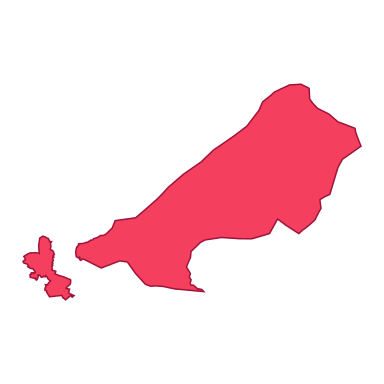 outline of Ilorin East, Kwara, Nigeria
{"feature_id": "59680162B49050440888294", "entity_name": "Ilorin East", "entity_type": "district", "adm_level": 2, "iso_a3": "NGA", "parent_name": "Nigeria", "parent_adm1": "Kwara", "projection": "mercator", "projection_center": [4.629, 8.608], "detail": "fine", "context": "isolated", "style": "filled", "palette": "rose", "viewbox_px": 384, "rotation_deg": 0, "n_neighbors": 0, "source": "geoboundaries", "source_scale": "gbopen_adm2", "svg_char_len": 4212}
<svg xmlns="http://www.w3.org/2000/svg" viewBox="0 0 384 384"><path d="M203.8,291.6L202.0,289.6L198.9,288.8L198.1,289.3L195.3,286.7L193.2,285.1L191.0,285.1L190.1,283.4L191.1,279.8L189.3,277.1L190.4,273.6L186.5,267.0L188.1,262.8L190.5,257.6L191.0,251.5L200.6,242.3L205.3,239.9L221.5,237.5L239.5,238.7L251.9,238.8L269.5,233.6L277.6,219.0L285.6,225.0L298.8,233.6L301.4,231.3L302.1,230.6L302.4,230.2L303.0,229.8L303.7,229.4L306.0,227.7L307.5,226.4L309.5,224.9L313.5,221.2L314.7,220.0L315.2,219.7L315.4,219.3L315.6,218.8L315.8,218.1L319.0,211.8L321.0,208.4L319.9,199.7L324.0,197.1L329.8,194.4L338.0,167.3L342.5,159.2L361.0,146.2L358.3,139.4L357.7,137.7L355.9,132.9L355.0,128.3L337.9,121.8L329.0,114.1L317.6,108.4L312.5,103.0L309.7,98.9L309.1,88.3L300.9,84.2L293.6,84.7L289.6,84.9L281.2,88.8L274.5,92.0L269.8,96.2L262.6,101.9L259.0,110.3L253.8,117.1L250.5,121.4L247.0,126.0L234.6,135.5L213.3,150.2L203.0,160.1L201.4,161.7L189.5,170.0L183.3,174.3L168.2,187.4L162.0,194.2L156.8,199.4L144.9,209.9L137.1,216.5L135.6,217.8L115.2,220.6L112.2,228.0L106.3,233.8L104.0,235.3L100.5,235.5L98.1,237.1L96.0,238.0L93.8,238.6L92.9,239.6L91.8,240.1L90.5,240.2L90.1,240.9L89.2,241.1L88.4,241.6L87.9,242.2L86.9,242.5L86.1,242.3L85.4,242.7L84.4,243.2L82.4,243.5L80.7,243.6L78.5,243.8L78.6,245.4L77.6,246.0L77.2,247.1L76.7,247.2L76.1,249.4L75.7,252.5L76.0,255.1L76.3,256.8L77.4,257.3L78.4,258.0L79.4,257.1L80.0,257.6L79.6,259.5L80.9,260.4L82.6,259.0L84.4,259.5L101.2,268.0L119.7,260.9L127.4,262.0L135.7,273.7L145.4,284.3L150.5,286.2L155.9,285.9L163.4,286.5L174.6,288.9L203.8,291.6ZM35.9,279.7L36.5,280.1L36.8,279.9L37.2,279.3L37.5,278.9L37.7,278.4L38.0,277.3L38.1,276.6L38.2,276.3L38.2,276.0L38.2,275.8L37.9,275.2L38.2,275.2L38.6,275.1L38.9,275.2L39.7,275.2L39.8,275.5L40.0,275.7L40.2,276.0L40.7,276.5L41.2,277.2L41.7,277.2L42.2,277.2L43.1,276.9L43.4,276.5L43.7,276.2L43.8,276.3L44.2,276.7L44.3,276.7L44.5,276.7L45.1,276.7L45.5,276.7L45.7,275.7L46.3,276.2L46.9,276.6L47.5,278.0L47.8,278.5L48.2,279.1L48.9,279.8L50.6,280.9L49.4,282.0L48.8,282.6L48.2,283.4L47.8,284.1L47.6,284.8L45.4,284.6L46.0,286.5L45.1,288.0L44.9,288.8L45.0,290.4L46.0,290.5L46.7,290.8L46.5,291.8L46.8,292.4L48.7,295.5L49.5,296.8L52.9,296.4L61.8,295.4L62.2,296.1L62.4,297.1L62.6,297.2L63.2,298.0L64.5,298.9L65.5,299.8L68.3,297.5L69.5,296.6L70.8,295.4L71.5,296.3L72.2,297.2L73.4,296.2L73.6,296.0L74.1,295.5L73.4,295.2L71.7,294.7L71.6,294.4L69.8,293.7L68.6,292.5L68.7,291.8L68.9,291.2L69.3,290.2L69.5,289.1L66.2,288.5L66.3,287.7L68.5,285.8L70.0,284.4L70.6,282.9L70.7,280.2L70.5,279.6L68.7,279.0L66.4,278.0L64.7,277.2L59.2,275.5L56.6,274.5L55.1,274.0L55.8,271.3L55.1,271.0L52.0,270.2L52.3,269.1L52.0,268.6L52.2,266.3L52.0,265.8L52.0,265.4L52.6,265.6L52.8,265.4L52.6,264.9L52.2,264.1L52.8,263.7L52.9,263.2L52.2,262.9L52.0,262.2L52.7,261.6L53.1,261.1L53.3,260.6L53.3,260.0L52.9,259.8L52.9,258.9L52.8,258.1L52.9,257.6L53.1,257.4L53.8,257.3L53.7,256.2L53.0,256.1L53.0,255.6L53.7,255.2L54.4,254.4L53.9,253.3L53.6,252.1L53.0,251.0L51.8,250.1L51.0,250.1L50.6,249.8L50.3,249.1L50.9,246.4L50.8,245.1L50.7,244.2L50.4,243.0L51.1,242.3L51.5,241.6L49.8,241.6L49.6,241.2L48.8,239.3L48.0,238.2L46.5,237.9L45.5,237.0L44.0,236.7L42.9,236.1L39.7,238.1L39.4,240.6L39.0,243.3L38.7,244.8L38.7,246.2L38.8,247.7L38.9,249.1L39.0,250.9L39.3,253.5L38.2,253.1L37.1,252.9L36.2,252.7L34.9,252.6L34.0,252.9L33.1,252.9L32.2,252.8L30.2,252.9L27.2,254.2L23.8,256.4L24.4,257.4L24.8,257.6L25.0,258.0L25.1,258.9L25.4,259.6L23.0,261.3L23.4,262.2L23.5,262.7L24.1,263.1L24.8,263.3L25.6,263.6L26.6,263.9L27.0,264.0L27.4,264.3L27.8,265.1L28.6,266.2L28.5,266.4L27.8,266.7L28.0,266.9L29.1,267.5L29.8,268.0L30.7,268.5L30.9,268.5L31.3,268.5L32.4,268.8L32.9,268.9L33.4,269.0L33.5,269.6L33.8,270.1L34.2,270.6L34.5,270.9L35.0,271.5L35.3,271.8L35.5,272.1L35.2,272.4L34.6,272.9L34.2,273.3L34.0,273.5L33.8,273.3L33.6,272.7L33.1,272.8L32.5,272.8L32.0,272.8L31.9,272.8L31.5,272.8L31.6,273.1L31.6,273.5L31.6,273.8L31.6,274.0L30.7,273.9L30.5,274.2L30.3,274.8L30.3,275.0L30.3,275.3L30.0,275.3L30.1,275.5L30.3,275.5L30.2,275.8L30.2,276.2L30.2,276.5L30.2,276.9L30.3,277.4L30.7,277.4L32.1,277.8L33.6,278.1L34.2,278.2L34.7,278.6L35.4,278.9L35.8,278.4L36.0,279.0L35.9,279.7Z" fill="#f43f5e" stroke="#9f1239" stroke-width="1.5"/></svg>